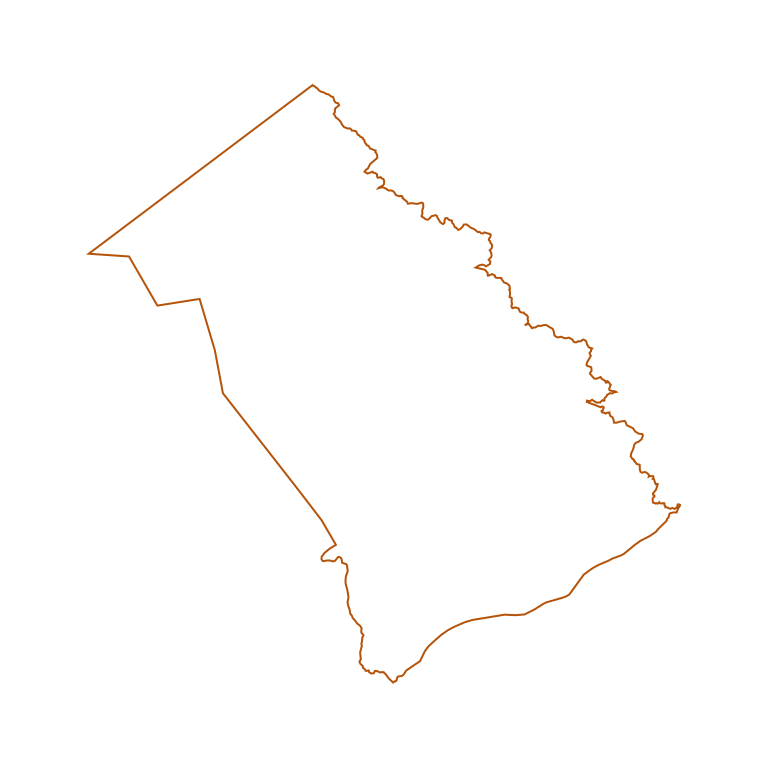 Bariloche, Río Negro, Argentina (Robinson projection), rotated 143°
{"feature_id": "61730980B38483237983856", "entity_name": "Bariloche", "entity_type": "district", "adm_level": 2, "iso_a3": "ARG", "parent_name": "Argentina", "parent_adm1": "Río Negro", "projection": "robinson", "projection_center": [-71.782, -41.509], "detail": "fine", "context": "isolated", "style": "outline", "palette": "amber", "viewbox_px": 768, "rotation_deg": 143, "n_neighbors": 0, "source": "geoboundaries", "source_scale": "gbopen_adm2", "svg_char_len": 6166}
<svg xmlns="http://www.w3.org/2000/svg" viewBox="0 0 768 768"><g transform="rotate(143 384 384)"><path d="M220.3,109.3L220.9,110.4L221.9,111.0L224.1,109.3L226.9,109.2L228.4,111.6L230.5,112.0L232.4,115.4L233.5,116.2L232.7,117.7L233.0,118.5L231.9,119.9L232.1,120.4L234.7,121.8L235.4,123.0L235.3,124.0L237.4,123.7L238.2,124.9L239.1,125.1L239.3,125.9L240.5,127.2L239.3,129.8L238.4,130.7L237.3,131.4L236.1,131.2L235.3,131.8L235.2,132.4L235.7,133.8L235.1,134.7L230.3,135.9L225.7,139.2L225.9,139.9L227.2,140.2L227.2,141.2L225.8,145.1L225.9,145.9L226.4,146.5L225.2,146.8L224.5,148.3L227.2,150.6L228.3,150.7L227.4,151.5L227.1,152.4L227.7,155.2L228.7,156.9L231.2,157.7L232.0,159.4L231.2,161.7L228.4,165.6L230.4,168.2L230.2,169.4L230.5,170.7L230.1,172.1L230.5,172.5L230.0,173.7L230.7,174.9L230.5,177.8L228.2,179.9L224.2,182.0L220.6,184.9L218.5,185.5L215.1,184.7L211.6,184.9L208.4,186.9L208.0,187.5L207.9,188.6L210.4,191.0L212.0,195.0L211.8,198.9L214.9,204.9L214.0,208.0L214.0,209.7L218.3,212.0L221.3,213.0L223.6,214.7L222.0,217.7L221.6,220.2L222.5,222.4L221.9,223.5L221.9,224.9L221.1,225.6L223.3,226.9L224.8,227.0L225.3,228.3L226.7,229.7L226.9,230.9L226.5,231.5L225.7,231.1L224.8,231.4L224.3,232.1L222.8,232.8L222.5,233.7L223.3,234.8L225.0,235.1L232.8,247.6L231.9,248.5L231.0,247.3L229.8,246.4L227.3,246.2L225.7,241.5L222.6,239.2L219.3,239.6L218.4,238.2L217.8,238.2L216.9,239.5L215.8,240.1L214.1,240.1L212.4,241.0L209.0,240.7L207.7,239.2L205.1,238.8L203.4,238.0L203.9,239.2L206.1,241.1L207.6,243.3L207.2,244.5L203.3,247.0L203.6,248.2L203.4,249.3L203.7,251.6L204.1,252.0L205.2,251.1L206.0,251.6L205.5,253.5L207.0,257.2L206.8,259.2L211.2,260.4L212.9,261.9L213.3,268.0L213.1,268.7L210.3,269.6L208.5,272.5L208.5,273.0L210.9,276.3L210.7,277.6L208.7,279.1L201.9,282.0L201.5,284.4L201.0,285.2L198.9,285.6L197.8,286.8L196.4,287.1L198.4,290.2L198.0,293.6L196.8,296.3L197.3,298.3L198.1,299.6L199.2,299.9L201.1,299.6L203.5,301.4L204.7,301.3L206.2,302.1L207.1,303.5L206.8,306.1L208.4,309.7L211.5,311.2L212.8,312.7L214.0,315.1L216.5,316.2L217.9,317.5L218.6,320.2L216.5,324.5L216.1,326.6L218.0,330.9L218.4,332.3L219.3,333.8L221.1,335.0L223.6,335.8L225.8,337.8L228.7,338.0L230.2,338.7L230.6,339.3L232.1,339.4L232.4,340.4L232.0,341.3L232.4,343.2L232.1,344.7L233.6,345.5L236.3,346.2L233.1,346.1L231.9,346.6L231.0,347.5L230.3,349.4L228.7,350.9L228.5,352.8L229.6,355.8L229.4,356.9L231.2,358.4L231.9,359.6L231.6,361.7L231.1,362.7L231.3,363.8L233.2,366.3L235.7,367.1L235.9,367.7L235.3,369.7L233.7,370.7L232.3,373.4L230.4,375.4L230.4,376.4L231.4,377.6L231.3,378.1L229.3,379.8L227.1,383.3L227.2,384.0L226.3,384.1L224.6,387.1L225.3,390.3L227.0,392.7L227.0,396.5L226.5,398.1L230.5,401.3L230.8,403.1L230.2,403.9L231.5,406.7L235.8,407.8L235.7,408.6L234.4,410.2L234.6,414.4L240.7,421.8L236.7,421.5L233.6,420.1L232.8,419.2L231.7,416.6L227.1,416.1L225.4,417.7L225.7,420.2L221.8,420.9L220.7,421.9L219.3,424.8L219.1,427.2L216.7,427.4L214.4,429.3L214.0,430.3L214.0,432.5L213.3,434.4L213.7,435.8L212.8,436.8L211.1,437.2L209.1,438.6L208.9,439.5L212.3,444.3L212.8,444.8L214.1,444.6L215.1,445.2L215.9,446.3L216.1,448.0L217.6,448.8L218.7,453.3L220.7,456.8L221.7,460.9L222.3,462.0L224.4,463.3L226.5,462.3L229.9,461.9L231.9,462.3L232.3,465.4L233.1,466.4L232.3,469.8L232.6,471.6L231.5,473.5L231.6,474.1L232.8,474.9L233.5,476.7L233.6,478.3L235.1,479.5L237.1,478.3L238.8,476.3L240.7,476.2L241.7,479.2L241.1,485.1L240.6,486.4L241.1,487.7L244.9,489.4L249.3,488.7L250.3,488.9L251.6,490.5L252.4,493.5L253.1,494.8L252.9,495.6L251.0,496.7L248.9,499.8L246.4,501.3L244.8,503.5L244.2,505.3L244.8,506.2L249.2,507.9L253.2,511.9L256.4,513.6L255.9,515.9L257.4,521.3L256.7,521.7L256.5,522.9L257.0,523.8L259.0,525.0L260.9,528.0L260.5,529.6L260.6,532.4L261.9,534.4L263.3,535.2L264.2,536.5L264.8,538.7L266.7,542.0L270.6,543.7L269.6,543.9L265.9,543.2L264.0,543.5L262.2,545.3L261.2,547.3L261.4,548.6L262.3,550.1L262.2,551.2L264.9,552.5L264.5,554.4L263.5,555.3L263.4,556.0L264.0,557.7L265.3,559.0L265.3,560.4L270.5,562.0L271.8,565.2L269.4,566.0L267.4,565.7L262.8,568.0L253.4,568.6L252.1,570.2L251.3,572.4L251.3,574.6L250.2,575.4L253.4,580.5L253.1,582.8L253.4,584.3L254.1,585.0L253.8,586.4L254.0,587.0L253.7,589.3L252.9,590.4L253.3,592.4L252.8,593.3L254.2,595.9L254.1,597.5L254.9,598.8L254.2,602.6L255.3,604.1L257.2,605.7L257.0,607.1L257.6,608.9L259.0,609.6L261.3,613.2L261.4,616.5L260.8,619.2L261.3,624.1L261.7,624.5L262.1,626.1L261.7,627.2L261.6,630.0L259.8,630.5L257.7,633.1L256.5,633.5L252.1,633.6L251.7,636.0L252.7,636.9L253.4,638.3L253.2,640.3L251.9,643.7L253.1,645.3L254.0,648.7L255.3,650.0L256.8,653.4L258.6,655.7L259.3,658.1L259.3,660.5L260.0,661.6L260.2,663.5L261.4,665.2L261.3,665.7L541.4,665.7L510.9,639.3L517.8,583.0L480.1,562.9L498.8,512.7L518.2,473.6L516.2,356.8L515.8,312.8L519.2,284.5L526.4,285.2L533.1,284.9L537.8,283.5L539.3,281.8L539.6,280.2L539.1,279.0L535.8,277.4L533.7,275.9L531.3,272.9L529.6,272.3L524.8,273.4L523.9,272.8L523.1,271.3L523.3,269.6L525.0,266.5L522.7,263.0L522.6,261.7L525.5,256.5L530.3,253.2L533.5,249.6L534.9,247.4L537.5,241.0L539.6,237.0L540.9,234.8L544.5,231.6L545.8,229.0L547.5,223.9L549.0,221.4L549.2,217.7L549.8,216.1L549.4,211.6L549.6,209.2L548.6,205.0L548.9,202.4L551.4,199.7L551.8,198.4L551.4,196.1L552.2,195.3L553.7,194.8L556.5,191.6L558.4,190.2L559.3,188.2L564.7,183.9L568.3,177.9L570.2,177.4L570.8,176.8L571.3,174.8L570.7,171.4L571.6,169.9L571.0,168.0L571.2,166.2L571.1,165.7L568.6,164.4L569.3,163.1L568.5,160.5L566.2,159.2L564.0,160.3L563.5,160.1L561.8,158.1L560.6,155.8L558.6,154.9L557.6,153.8L557.8,152.9L557.3,151.9L557.4,146.2L556.4,140.1L554.2,140.1L553.7,139.6L552.6,139.6L550.2,141.6L548.9,141.9L545.3,140.1L543.3,140.1L538.6,141.8L521.9,141.0L512.0,146.1L506.5,147.7L500.1,148.4L489.4,149.2L481.1,148.9L474.5,147.9L463.4,145.3L455.5,142.4L426.5,127.2L418.2,120.3L410.5,115.4L399.7,113.4L388.7,112.5L385.7,111.9L370.1,105.9L366.3,104.8L362.9,104.3L339.4,111.5L332.7,111.5L327.7,111.3L321.5,110.4L311.1,107.8L307.0,107.2L297.5,104.4L294.7,104.0L280.5,104.6L273.3,104.4L263.7,102.7L255.9,102.3L252.7,103.1L240.5,104.7L239.0,105.9L236.8,106.3L234.2,108.5L233.4,108.6L230.0,107.2L227.6,105.3L224.0,107.6L220.9,108.7L220.3,109.3Z" fill="none" stroke="#b45309" stroke-width="2"/></g></svg>